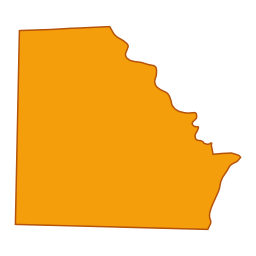 the district of Clark, Missouri, United States of America
{"feature_id": "52423323B73232877259314", "entity_name": "Clark", "entity_type": "district", "adm_level": 2, "iso_a3": "USA", "parent_name": "United States of America", "parent_adm1": "Missouri", "projection": "orthographic", "projection_center": [-91.584, 40.431], "detail": "fine", "context": "isolated", "style": "filled", "palette": "amber", "viewbox_px": 256, "rotation_deg": 0, "n_neighbors": 0, "source": "geoboundaries", "source_scale": "gbopen_adm2", "svg_char_len": 1469}
<svg xmlns="http://www.w3.org/2000/svg" viewBox="0 0 256 256"><path d="M19.4,30.7L15.9,200.2L15.4,224.4L207.8,229.4L210.6,223.5L210.8,221.9L210.6,220.5L209.6,217.7L209.5,214.7L209.7,213.0L210.9,208.7L212.5,204.6L218.5,191.3L219.4,188.5L220.7,181.8L222.6,177.3L226.8,171.1L228.6,168.0L229.3,166.6L229.9,165.8L232.2,163.9L236.4,161.8L237.6,160.9L240.6,157.4L239.4,155.9L238.0,155.0L231.4,153.0L221.3,153.5L213.1,154.3L211.3,145.3L211.6,144.0L211.7,143.2L211.4,143.0L210.8,143.0L209.2,144.0L207.3,144.3L204.3,143.4L203.7,143.0L203.4,142.3L202.7,141.6L200.6,140.6L198.7,140.5L197.1,140.0L196.1,139.4L195.3,137.9L195.1,136.1L195.3,134.3L197.4,130.6L198.4,128.0L198.4,127.1L198.1,126.7L195.9,126.8L194.2,126.3L192.6,124.9L192.3,124.1L192.3,122.7L193.0,121.6L195.4,119.4L196.3,118.4L196.6,117.5L196.7,116.3L196.4,114.1L195.9,113.2L195.4,112.8L194.4,112.6L188.0,113.1L184.2,112.7L179.5,111.5L177.8,110.8L174.9,108.9L172.5,105.9L172.0,104.9L171.6,103.9L171.2,101.4L169.7,96.9L168.1,94.1L166.5,92.6L160.7,89.8L158.8,88.5L157.0,87.1L156.0,85.8L155.2,84.2L154.7,81.8L154.8,80.3L156.3,75.2L156.6,70.9L156.2,68.1L155.7,67.1L154.9,66.3L153.6,65.6L148.1,64.5L141.2,62.4L134.2,61.5L129.7,60.3L126.7,57.9L125.9,56.5L125.5,55.2L125.5,53.7L128.0,47.1L128.2,45.9L127.7,44.8L126.7,43.4L123.5,40.8L116.9,36.9L114.9,35.0L113.5,33.3L109.7,26.6L85.8,27.7L81.8,27.9L79.8,28.0L73.9,28.2L69.3,28.4L66.1,28.6L50.9,29.5L21.0,30.5L19.4,30.7Z" fill="#f59e0b" stroke="#b45309" stroke-width="1.5"/></svg>